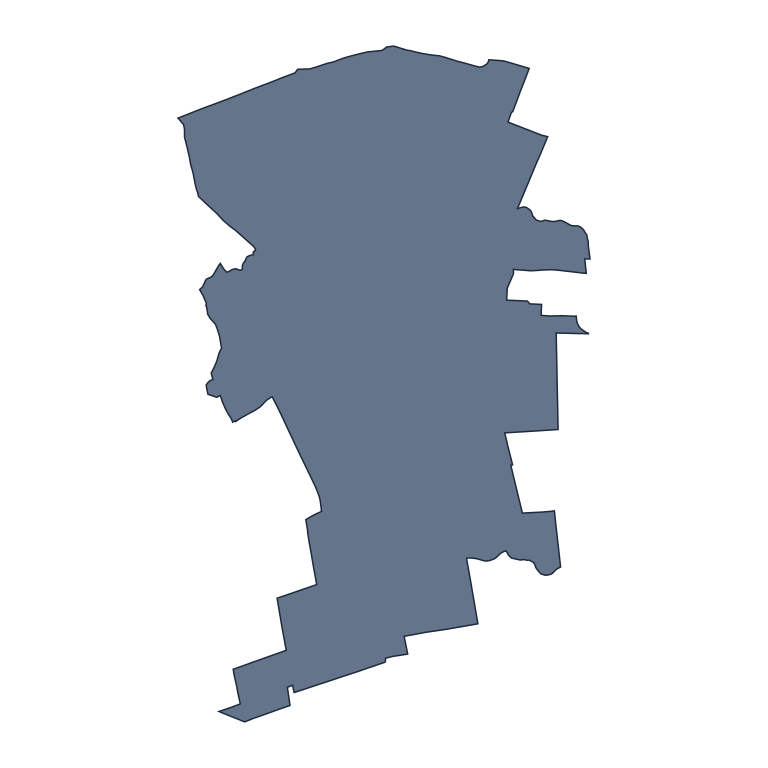 Girisu De Cris, Bihor, Romania
{"feature_id": "2599482B40990728968536", "entity_name": "Girisu De Cris", "entity_type": "district", "adm_level": 2, "iso_a3": "ROU", "parent_name": "Romania", "parent_adm1": "Bihor", "projection": "orthographic", "projection_center": [21.776, 47.06], "detail": "fine", "context": "isolated", "style": "filled", "palette": "slate", "viewbox_px": 768, "rotation_deg": 0, "n_neighbors": 0, "source": "geoboundaries", "source_scale": "gbopen_adm2", "svg_char_len": 6034}
<svg xmlns="http://www.w3.org/2000/svg" viewBox="0 0 768 768"><path d="M558.2,545.5L555.8,524.3L554.4,511.0L554.3,510.8L551.0,511.3L541.8,512.1L533.6,512.5L524.1,513.0L522.4,513.1L515.5,484.7L510.8,465.3L512.6,464.9L507.6,445.1L507.5,444.6L506.7,440.9L504.7,432.9L538.5,430.8L558.1,429.5L556.2,333.0L564.9,333.2L566.6,333.2L571.1,333.4L572.6,333.4L578.6,333.6L582.9,333.6L588.4,333.8L588.4,333.2L586.7,332.7L585.8,332.2L581.4,329.2L580.9,328.7L579.5,327.1L578.4,325.4L577.2,323.0L576.7,320.7L576.4,318.4L576.2,316.1L574.0,316.2L572.1,316.1L565.2,315.9L561.7,315.7L561.3,315.7L556.3,315.9L554.4,315.9L551.1,316.0L549.7,316.0L548.1,315.9L542.9,315.5L541.1,315.3L541.3,310.7L541.5,307.4L541.6,304.4L539.2,304.3L531.0,303.9L529.7,303.8L527.5,301.1L524.1,300.9L522.9,300.9L521.6,300.8L510.6,300.3L509.3,300.3L506.7,300.2L506.8,297.4L507.0,293.7L507.2,288.3L513.5,273.7L513.4,269.4L516.2,269.7L516.5,269.7L531.1,270.8L532.0,270.7L536.5,270.5L540.2,270.2L543.3,270.0L551.2,269.7L554.0,269.9L554.7,269.9L563.6,270.8L563.9,270.9L580.7,272.8L583.5,273.2L586.3,273.4L586.2,272.4L584.7,258.9L590.0,259.0L588.2,244.8L588.3,243.4L588.2,241.3L587.7,239.8L586.6,234.2L586.4,234.1L585.7,233.4L585.2,232.7L584.9,232.3L584.6,231.7L584.3,230.9L583.7,230.1L583.2,229.5L582.5,228.8L581.8,228.2L581.0,227.4L580.1,226.8L579.2,226.4L578.4,226.1L577.8,225.9L577.0,225.9L575.9,225.9L573.8,225.8L572.8,225.8L571.9,225.7L570.9,225.3L570.1,224.9L569.1,224.4L566.2,222.8L564.7,222.0L563.6,221.4L562.0,220.8L561.1,220.5L560.4,220.4L559.5,220.4L558.9,220.5L558.1,220.8L557.1,221.0L555.5,221.3L553.5,221.5L552.7,221.6L552.1,221.5L550.0,221.1L547.1,220.5L546.0,220.3L545.2,220.2L544.4,220.3L543.7,220.5L542.4,221.0L541.5,221.2L540.7,221.4L540.1,221.3L539.3,221.0L538.1,220.6L536.6,220.1L536.1,219.8L535.8,219.5L535.3,218.9L534.1,217.5L533.2,216.4L532.7,215.7L532.3,214.6L532.0,213.6L531.6,212.4L531.2,211.5L530.1,210.2L529.0,209.2L527.7,208.3L526.8,207.8L526.0,207.3L525.3,207.1L524.6,207.0L523.8,207.0L522.9,207.1L521.4,207.5L519.7,207.9L518.0,208.5L517.5,208.6L536.3,163.5L538.2,159.2L538.7,158.1L540.7,153.5L547.7,136.7L543.5,135.6L542.4,135.5L540.8,134.9L522.2,127.6L508.0,122.1L511.3,112.8L512.9,111.3L520.9,89.9L525.6,77.9L529.2,68.4L518.0,65.1L511.0,63.0L508.7,62.4L506.5,61.7L504.1,61.0L502.2,60.8L500.6,60.6L488.8,59.8L488.0,62.5L486.7,64.1L483.4,66.2L479.8,67.2L473.8,65.7L465.8,63.4L457.3,61.2L445.2,57.4L439.1,55.7L435.9,55.5L427.5,54.4L420.5,53.1L414.7,51.8L410.8,50.7L407.2,50.2L402.2,48.7L396.6,46.9L393.7,46.1L386.6,47.0L384.0,49.1L381.7,50.5L374.5,51.2L367.7,51.9L361.0,53.4L353.5,55.3L346.2,57.3L342.2,58.6L333.0,62.1L328.0,63.1L324.0,64.4L317.5,66.6L310.0,68.9L297.6,69.3L295.1,72.8L281.8,77.8L274.0,81.0L254.5,88.4L250.3,90.1L226.5,99.5L202.6,108.4L178.0,118.1L183.6,124.6L183.9,125.9L184.5,129.4L184.5,137.1L185.3,140.1L186.6,145.2L188.3,152.5L189.6,158.2L190.2,162.1L190.3,162.4L190.7,164.8L192.5,170.9L193.4,174.6L195.1,183.9L196.4,189.0L196.6,189.9L197.2,191.0L198.5,196.5L212.4,209.5L214.5,211.3L216.8,213.5L219.4,216.3L220.9,217.9L223.3,220.5L226.0,222.8L228.6,225.1L230.2,226.4L235.2,230.1L254.2,247.0L255.6,249.9L255.6,250.0L253.1,252.3L253.4,253.8L253.3,254.7L250.9,255.2L249.1,255.8L247.8,256.4L246.9,257.0L246.1,258.5L245.5,259.9L245.1,260.9L244.3,261.8L243.0,263.8L242.5,265.2L242.3,266.3L242.4,267.5L242.4,268.7L242.1,269.3L240.8,270.1L239.4,270.1L238.8,270.0L236.8,269.0L235.4,268.7L232.2,269.5L230.4,270.6L228.2,271.8L226.6,272.1L223.8,269.1L220.3,263.4L218.1,266.5L215.4,271.2L213.7,274.2L212.5,275.9L211.0,277.1L207.3,278.7L206.3,279.3L205.6,280.3L204.8,282.1L204.0,283.9L203.0,286.0L202.7,286.6L202.0,287.4L201.3,288.1L200.5,288.8L199.6,289.6L203.0,295.5L206.2,302.9L206.3,304.6L205.8,305.3L206.7,307.4L206.8,308.1L206.9,308.5L206.9,309.2L207.5,312.4L207.5,313.9L209.1,316.5L209.7,317.9L215.4,324.2L217.5,329.6L219.6,336.6L221.6,348.6L220.4,350.2L218.9,353.6L216.8,361.1L214.4,366.8L211.2,373.1L212.5,378.0L212.9,379.4L212.3,379.6L209.7,380.9L209.1,381.4L207.9,382.6L206.2,384.9L206.3,386.2L206.7,388.2L206.7,388.7L208.0,394.3L216.7,397.3L216.8,397.3L220.3,395.5L222.6,402.4L225.6,409.2L228.6,414.6L228.7,414.8L230.9,418.0L232.7,422.2L234.2,421.2L234.5,421.1L235.0,420.7L235.6,421.6L240.8,418.1L247.0,414.6L253.2,411.3L255.4,410.1L260.6,406.5L266.6,400.2L268.4,399.0L271.9,396.8L272.1,396.9L272.5,397.4L277.7,407.5L279.6,411.5L282.3,417.1L286.9,427.0L288.8,431.0L293.5,441.0L299.9,454.6L302.7,460.3L313.4,482.5L315.7,487.4L317.9,492.9L319.7,498.1L320.5,502.8L321.1,507.6L321.3,508.4L321.2,509.6L321.4,510.6L321.7,511.3L321.3,511.5L316.9,513.5L312.2,515.9L305.8,519.6L306.3,522.9L307.5,529.5L307.6,531.0L307.5,531.8L308.5,537.9L309.3,542.9L311.4,554.7L313.4,566.4L316.7,584.6L277.1,598.2L281.7,625.5L286.2,650.3L263.3,658.5L233.2,669.2L233.3,669.8L233.9,673.8L236.8,686.9L237.7,692.2L240.3,703.9L231.0,707.4L219.0,711.5L222.0,712.8L244.7,721.9L252.3,718.8L274.0,711.1L278.9,709.3L290.0,705.5L287.4,687.3L292.6,685.3L294.1,692.6L350.5,673.9L350.8,673.9L385.0,662.2L385.4,661.4L385.6,658.2L392.8,656.4L407.7,654.1L406.2,646.5L404.9,640.1L404.1,636.3L419.1,633.6L420.2,633.4L425.8,632.3L439.0,630.4L448.2,629.0L477.9,623.8L472.1,589.9L471.8,588.2L470.9,582.8L468.6,570.0L466.9,560.4L466.7,558.3L468.3,558.0L469.5,558.0L471.1,558.0L473.6,558.3L475.3,558.5L477.1,558.8L482.7,560.4L485.0,561.0L487.2,561.0L489.0,560.7L489.9,560.4L491.0,560.1L491.8,559.8L493.6,559.1L494.9,558.5L496.0,557.7L497.3,556.5L498.9,555.0L500.5,553.5L502.0,552.5L503.7,551.6L504.7,551.3L505.6,551.2L506.2,551.3L506.9,552.1L507.9,554.0L508.3,554.9L509.4,556.1L510.9,557.5L511.5,558.0L512.2,558.3L513.5,558.5L516.0,559.1L519.7,559.9L521.1,560.0L522.1,559.9L522.9,559.6L523.7,559.6L525.6,559.8L526.6,560.2L527.4,560.3L528.3,560.2L529.3,560.2L533.5,562.4L534.8,564.7L535.7,567.1L536.1,568.1L536.7,568.9L538.8,571.6L540.1,573.0L540.6,573.6L541.6,574.1L543.2,574.6L544.7,575.1L545.7,575.2L546.3,575.2L547.7,575.0L549.1,574.7L550.4,574.4L551.7,573.9L552.8,572.9L554.6,571.0L556.4,569.3L560.6,567.0L558.2,545.5Z" fill="#64748b" stroke="#1e293b" stroke-width="1.5"/></svg>